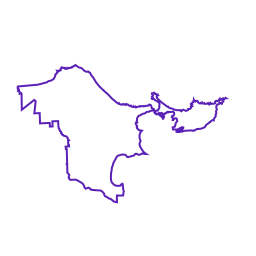 Bass Coast, Victoria, Australia, rotated 170°
{"feature_id": "25037944B92127790017854", "entity_name": "Bass Coast", "entity_type": "district", "adm_level": 2, "iso_a3": "AUS", "parent_name": "Australia", "parent_adm1": "Victoria", "projection": "orthographic", "projection_center": [145.362, -38.485], "detail": "fine", "context": "isolated", "style": "outline", "palette": "violet", "viewbox_px": 256, "rotation_deg": 170, "n_neighbors": 0, "source": "geoboundaries", "source_scale": "gbopen_adm2", "svg_char_len": 5832}
<svg xmlns="http://www.w3.org/2000/svg" viewBox="0 0 256 256"><g transform="rotate(170 128 128)"><path d="M199.8,187.1L209.1,186.3L229.3,188.0L229.7,186.9L229.3,186.2L229.7,185.8L228.7,184.7L228.9,184.2L229.7,184.2L229.8,183.9L229.1,184.1L228.8,183.7L229.1,183.4L228.5,182.7L228.8,182.3L228.6,181.9L228.8,180.5L227.0,180.8L226.9,180.2L229.4,164.4L215.5,171.9L214.3,170.4L217.7,158.7L212.4,158.0L213.8,147.8L204.2,146.6L204.7,143.0L202.0,142.6L201.3,147.7L195.6,146.9L196.2,142.0L196.2,139.5L195.9,139.3L195.6,137.1L195.3,137.1L195.0,136.2L194.5,135.7L194.8,134.4L194.1,134.1L193.8,132.6L193.0,132.4L192.6,131.5L190.3,130.5L189.5,129.5L189.2,129.0L189.3,128.1L188.5,126.5L189.1,126.6L189.7,121.6L189.1,121.5L189.2,120.1L192.7,120.5L192.8,118.0L192.0,117.8L194.0,104.2L194.4,103.5L194.1,103.5L195.5,94.4L194.5,93.1L194.0,91.7L195.0,89.9L194.9,89.0L194.6,88.8L194.7,88.1L193.8,87.0L188.3,86.2L186.3,84.7L183.1,82.0L181.8,80.3L181.0,76.8L180.3,75.6L177.3,76.1L175.9,75.0L175.7,74.1L175.2,74.1L174.3,73.3L165.6,71.1L164.2,69.6L163.0,67.6L162.9,65.7L162.3,64.6L161.2,64.1L158.6,61.6L157.4,61.2L154.5,57.9L151.8,56.8L150.7,63.4L144.6,62.4L143.1,66.5L143.4,67.4L143.0,73.8L143.2,74.1L144.7,73.5L145.5,72.6L147.3,72.6L150.1,73.4L151.6,74.5L153.3,77.1L153.6,78.1L153.7,80.0L153.4,82.8L152.7,85.0L152.7,86.3L151.9,87.9L150.7,91.8L149.2,94.3L148.6,95.9L143.8,101.9L142.7,102.5L139.9,102.8L138.4,102.9L135.5,102.2L134.5,101.1L134.0,99.8L133.1,99.3L126.9,99.9L125.2,101.3L123.7,101.0L122.5,99.9L121.5,99.6L117.9,100.5L116.7,99.7L114.5,99.2L116.5,101.2L117.6,103.3L119.2,107.2L119.5,109.5L119.3,110.9L117.8,113.0L118.2,114.5L118.3,116.6L117.9,119.0L116.4,121.8L114.8,122.9L117.6,124.1L119.1,126.2L119.3,126.7L118.9,127.0L118.7,128.3L119.0,128.4L119.6,131.1L119.0,131.4L118.9,132.2L118.1,132.1L118.4,132.7L117.8,133.9L117.4,136.0L115.4,138.2L113.5,138.4L111.2,139.4L109.2,139.4L106.6,140.6L104.6,140.4L103.0,140.9L99.5,141.0L99.1,141.2L99.3,142.3L101.1,143.3L101.2,145.0L101.6,146.6L102.9,147.4L103.6,147.1L103.8,146.6L105.2,146.5L106.9,146.8L107.7,146.5L109.0,147.0L109.5,146.7L111.0,147.3L112.3,147.0L112.6,147.5L113.3,147.2L114.8,147.3L116.5,146.8L116.9,147.9L118.2,147.5L119.1,147.9L119.2,148.4L119.7,148.0L121.1,148.7L121.3,149.6L122.8,149.6L124.2,151.3L125.0,151.2L125.6,151.8L126.2,151.2L126.6,151.9L127.3,151.6L128.5,152.5L129.4,151.9L130.1,152.4L130.8,152.2L132.5,153.2L132.7,154.1L133.3,153.8L133.8,154.0L139.1,160.3L141.6,164.3L145.1,168.6L149.2,174.3L151.5,178.5L153.4,183.5L155.1,186.5L155.8,189.1L156.4,189.3L157.5,190.6L159.0,190.5L160.9,191.7L162.6,194.2L163.9,195.4L165.9,196.2L169.0,199.2L170.0,198.4L171.5,198.2L172.2,197.5L173.2,197.8L173.6,197.3L174.9,197.1L176.6,197.7L177.1,197.0L177.7,197.3L178.2,196.9L178.9,197.2L179.1,197.9L179.8,197.5L180.0,198.1L182.3,199.0L182.2,198.5L183.3,198.6L184.2,197.8L184.1,196.7L185.4,196.3L186.0,196.5L186.3,196.1L187.8,196.6L187.4,195.5L188.4,194.9L188.6,194.2L190.2,193.4L190.7,191.7L192.6,189.2L195.4,188.1L198.3,187.9L199.8,187.1ZM89.0,136.0L87.1,136.4L86.9,136.8L86.0,136.5L85.9,137.0L85.5,137.0L83.8,136.4L80.7,136.2L80.0,135.2L80.1,133.5L80.9,132.2L82.2,132.4L83.0,131.3L82.1,129.7L82.6,128.1L82.0,128.0L80.8,129.3L79.0,129.2L78.4,128.5L78.3,126.2L80.1,124.6L81.5,121.3L83.9,120.8L83.8,118.6L82.1,118.5L79.9,117.7L79.7,118.0L78.8,118.1L78.1,117.5L77.7,117.6L77.3,118.7L75.4,119.2L77.1,118.4L77.1,117.7L76.6,117.2L75.8,117.4L75.8,117.9L75.4,117.7L75.5,118.3L75.0,118.4L74.8,118.9L74.6,118.6L74.1,119.2L73.5,119.0L73.6,118.5L73.3,118.9L73.7,118.1L74.8,117.9L74.9,116.7L75.3,116.9L75.9,116.8L75.9,116.5L76.1,116.8L76.7,116.4L77.2,116.6L79.3,115.8L81.7,116.4L80.5,115.6L78.1,115.1L72.4,115.4L65.8,114.6L64.7,113.9L63.8,114.2L63.7,113.5L63.6,114.0L62.7,114.0L60.5,115.0L56.3,114.6L52.3,115.4L50.4,117.5L47.6,118.8L46.5,119.7L45.9,119.6L44.8,120.6L43.0,121.1L42.2,120.7L42.1,121.7L39.5,124.5L39.4,125.9L38.5,127.2L38.4,129.3L37.3,130.7L37.5,132.9L37.0,134.7L36.1,135.6L34.6,135.6L34.1,136.2L33.1,136.6L32.4,136.5L31.7,135.5L31.3,135.5L30.7,137.0L29.5,137.5L29.5,138.5L28.2,139.7L28.1,140.3L29.1,140.7L29.3,140.3L31.2,140.1L31.6,139.6L32.1,140.2L32.3,140.2L32.6,139.5L32.6,140.1L33.0,139.6L32.9,140.2L33.5,139.6L33.5,140.0L34.1,139.4L35.5,139.0L36.5,139.5L37.6,138.8L37.8,137.4L38.9,137.0L41.7,137.3L42.2,137.8L42.4,138.5L43.2,138.3L42.9,137.4L43.8,137.0L44.3,137.2L44.9,138.7L45.5,138.3L47.6,138.2L48.1,138.5L48.5,139.3L49.9,138.9L50.6,139.2L50.9,139.6L50.7,140.3L51.6,140.3L52.5,139.6L53.2,139.8L54.6,141.2L54.9,142.7L56.0,142.8L57.0,142.4L57.1,143.1L58.0,143.4L58.3,144.5L58.8,142.9L59.3,142.2L60.0,142.2L60.5,141.2L60.9,141.1L60.5,140.8L60.7,140.4L61.0,140.4L60.8,140.1L61.6,139.6L61.4,139.2L61.8,139.4L61.7,138.1L62.3,137.9L62.1,137.5L62.4,136.9L63.7,136.0L65.4,136.3L65.8,135.2L67.9,134.8L70.4,136.4L71.5,136.3L72.3,135.9L72.3,135.3L72.7,135.2L73.1,135.5L73.6,136.6L76.7,137.0L80.0,138.4L80.5,139.1L83.3,140.3L84.8,141.6L84.8,142.1L85.7,142.3L91.1,148.1L93.6,151.6L94.3,153.0L94.4,153.9L94.1,154.5L93.0,154.9L93.4,155.2L93.3,155.5L93.6,155.4L93.9,156.3L95.5,156.7L95.8,158.1L96.7,158.2L97.9,157.6L98.4,157.8L98.5,157.1L97.8,156.1L97.8,155.5L98.3,154.8L98.7,154.7L98.5,154.1L98.9,154.1L98.8,153.5L99.5,153.0L99.2,152.3L97.0,151.8L96.4,150.5L95.1,149.8L93.6,148.2L92.9,147.1L92.7,146.3L93.5,143.9L93.5,142.7L94.5,141.2L95.4,140.5L98.8,139.6L99.3,139.1L98.9,138.5L99.0,138.0L98.3,137.8L99.1,137.9L98.0,137.6L98.1,137.0L97.5,136.5L96.4,136.4L96.0,136.7L95.3,136.0L95.3,136.8L94.7,136.7L94.5,137.2L93.7,136.7L92.8,137.1L92.1,136.9L90.4,135.2L89.3,135.8L89.0,135.7L89.0,136.0ZM91.8,131.1L91.4,131.2L90.4,133.2L91.2,134.1L92.5,134.3L93.5,135.4L93.7,136.1L94.2,136.6L93.9,135.4L94.1,134.9L93.4,134.8L93.1,133.2L91.7,131.8L91.8,131.1ZM77.8,116.9L79.6,117.1L79.9,116.9L79.1,116.5L77.8,116.9ZM26.2,140.3L26.6,140.7L26.9,140.4L26.2,140.3Z" fill="none" stroke="#5b21b6" stroke-width="2"/></g></svg>